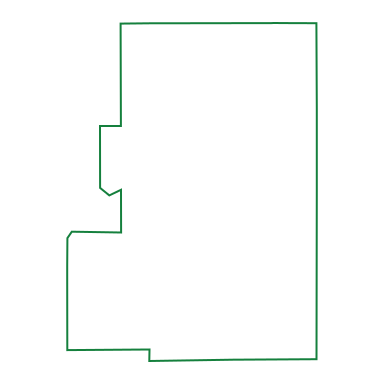 outline of Green Lake, Wisconsin, United States of America
{"feature_id": "52423323B74406561633186", "entity_name": "Green Lake", "entity_type": "district", "adm_level": 2, "iso_a3": "USA", "parent_name": "United States of America", "parent_adm1": "Wisconsin", "projection": "mercator", "projection_center": [-89.088, 43.808], "detail": "fine", "context": "isolated", "style": "outline", "palette": "green", "viewbox_px": 384, "rotation_deg": 0, "n_neighbors": 0, "source": "geoboundaries", "source_scale": "gbopen_adm2", "svg_char_len": 403}
<svg xmlns="http://www.w3.org/2000/svg" viewBox="0 0 384 384"><path d="M316.4,23.2L288.5,23.1L273.4,23.0L271.6,23.1L148.6,23.3L120.6,23.6L120.9,126.0L100.0,126.0L100.1,187.9L109.3,195.4L121.0,189.8L121.1,232.5L71.8,231.7L67.4,238.1L67.2,266.1L67.2,280.3L67.3,350.1L149.5,349.5L149.3,361.0L232.8,359.7L316.5,359.2L316.8,191.8L316.8,108.0L316.4,23.2Z" fill="none" stroke="#15803d" stroke-width="2"/></svg>